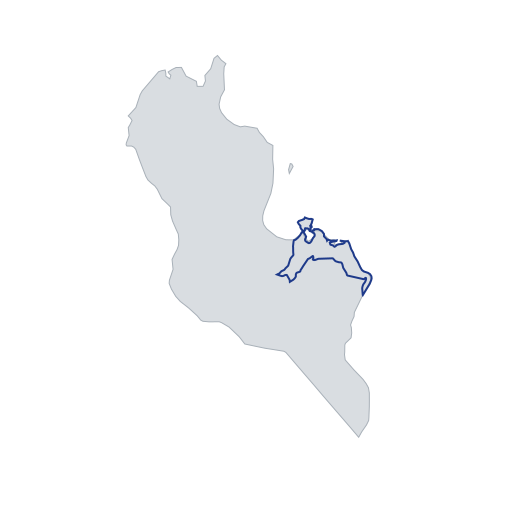 where Médenine sits in Tunisia, rotated 330°
{"feature_id": "TUN-96", "entity_name": "Médenine", "entity_type": "Governorate", "adm_level": 1, "iso_a3": "TUN", "parent_name": "Tunisia", "parent_adm1": "", "projection": "equal_earth", "projection_center": [10.815, 33.079], "detail": "fine", "context": "in_parent", "style": "outline", "palette": "blue", "viewbox_px": 512, "rotation_deg": 330, "n_neighbors": 0, "source": "natural_earth", "source_scale": "10m", "svg_char_len": 5652}
<svg xmlns="http://www.w3.org/2000/svg" viewBox="0 0 512 512"><g transform="rotate(330 256 256)"><path d="M343.1,289.0L343.0,290.5L341.4,301.7L341.1,305.8L340.9,312.6L340.9,320.8L344.5,327.7L344.6,330.8L343.2,334.3L336.7,338.4L328.3,343.6L321.0,348.6L313.0,354.0L310.6,357.5L306.7,360.2L303.4,363.0L302.8,365.6L300.4,370.5L297.4,374.4L289.8,376.3L288.4,377.5L284.9,383.4L283.3,385.7L281.3,390.6L283.8,403.3L287.0,416.3L287.6,421.8L287.5,426.3L285.7,431.2L281.7,438.2L278.7,443.3L272.9,452.5L271.3,454.8L267.3,457.5L259.7,461.1L254.3,464.3L251.7,450.1L249.4,438.1L247.5,428.2L244.2,410.8L241.5,396.0L238.7,381.3L236.2,367.9L233.7,354.5L232.6,352.5L224.9,346.2L217.7,340.4L210.3,333.8L202.3,326.6L201.1,317.6L197.1,304.0L192.8,296.4L191.2,294.5L182.5,289.6L177.4,286.0L176.1,283.9L175.2,278.4L171.7,267.4L167.7,257.5L166.3,250.8L166.2,242.4L167.1,236.3L168.9,233.7L177.5,226.1L181.6,217.0L186.5,213.6L190.8,211.0L194.2,208.1L197.3,203.3L199.7,198.1L200.2,192.6L201.2,183.9L202.8,177.7L206.5,170.8L205.0,165.3L203.2,159.3L203.9,148.9L203.4,144.7L201.9,141.0L200.4,136.2L200.4,132.2L202.0,121.8L203.3,113.8L205.2,103.5L204.6,100.6L203.2,98.5L199.2,96.2L199.1,94.8L200.2,93.3L206.3,88.3L209.6,80.9L212.3,79.4L216.4,76.7L216.3,73.9L215.4,70.8L226.2,67.4L236.4,58.3L240.1,56.1L263.8,47.7L266.8,48.3L270.3,49.5L269.3,52.6L267.9,55.1L269.9,59.5L272.7,56.8L272.0,55.0L271.9,52.7L276.7,52.5L281.0,52.8L285.7,55.4L285.4,65.3L291.7,74.9L289.9,79.7L295.0,82.6L299.7,79.2L302.0,74.1L310.4,71.2L318.5,63.8L322.9,63.1L323.9,69.1L326.1,74.4L323.0,76.3L319.2,82.0L311.8,96.3L305.0,100.5L299.9,106.1L298.3,110.0L297.8,114.6L299.1,122.9L302.8,131.2L307.0,136.3L311.2,137.9L320.8,145.9L320.7,150.7L322.0,156.3L322.5,163.2L325.9,168.7L318.7,180.7L314.8,189.4L307.1,201.4L300.2,209.2L285.5,220.8L281.9,224.6L279.5,228.6L278.4,232.8L278.8,237.7L283.6,249.8L290.0,256.9L296.6,260.8L308.0,259.2L307.6,263.9L308.5,269.5L313.1,269.2L316.2,268.3L318.9,262.9L324.5,266.6L327.4,278.0L332.1,281.5L332.7,282.9L331.0,283.7L329.7,285.0L331.1,286.0L335.7,287.4L338.5,286.5L343.1,289.0ZM318.8,257.3L317.7,257.5L315.5,259.1L314.4,259.3L311.2,257.5L310.0,257.5L308.4,256.3L309.0,249.4L309.5,247.5L317.3,247.2L321.5,251.3L322.2,252.4L322.4,253.6L320.4,255.9L318.8,257.3ZM332.9,197.0L326.1,201.2L327.4,197.5L331.9,193.1L333.0,194.2L332.9,197.0Z" fill="#d9dde1" stroke="#a8b0b8" stroke-width="1"/><path d="M344.1,334.1L343.6,334.6L340.5,337.0L328.9,343.3L328.9,343.2L331.8,337.1L332.5,336.2L333.3,335.4L334.1,334.7L335.0,334.1L337.1,333.2L337.8,332.8L339.4,331.5L339.7,331.1L340.0,330.6L340.1,330.4L340.2,330.1L340.1,329.9L339.9,329.7L339.5,329.7L338.3,330.0L337.9,330.0L337.6,329.8L337.2,329.5L325.5,318.7L325.4,318.5L325.3,318.2L325.3,317.8L325.8,315.9L325.8,315.2L325.6,310.1L325.7,309.6L325.8,309.2L326.3,307.5L326.6,306.5L326.7,305.5L326.7,305.1L326.7,304.9L326.6,304.5L326.5,304.3L326.4,304.1L326.1,303.9L325.8,303.6L325.3,303.3L324.7,302.9L322.8,300.9L322.5,300.5L322.2,300.0L322.1,299.7L321.5,297.0L321.5,296.8L321.4,296.7L321.1,296.3L320.8,296.1L308.6,289.6L307.6,289.4L305.5,289.1L304.8,288.8L304.3,288.6L303.9,288.2L303.7,288.0L303.6,287.8L303.5,287.6L303.5,287.4L303.6,287.2L304.6,286.6L304.8,286.3L304.8,286.0L304.8,285.8L305.2,285.2L305.3,285.0L305.3,284.8L305.3,284.6L305.1,284.4L304.7,284.4L301.3,284.8L299.7,284.6L299.4,284.6L299.0,284.8L291.2,288.6L290.6,289.0L287.6,290.5L287.2,290.8L286.9,291.2L286.7,291.4L286.4,291.5L285.8,291.5L283.6,291.0L282.8,290.9L282.5,291.0L282.2,291.2L281.6,291.6L281.3,291.9L281.1,292.2L280.2,293.7L280.0,293.8L279.8,294.0L278.3,294.7L277.2,295.0L276.3,295.2L272.4,295.3L273.1,293.7L273.2,293.2L273.2,292.8L273.2,288.4L273.2,288.1L273.2,287.9L273.0,287.7L272.6,287.4L271.7,287.1L271.3,287.0L270.9,287.0L270.5,287.0L270.1,287.0L269.3,286.8L268.4,286.4L267.6,285.6L265.0,282.6L265.8,282.6L267.0,282.8L267.4,282.8L267.8,282.7L269.7,282.1L270.5,281.9L272.9,282.1L273.7,282.1L274.0,282.0L275.3,281.4L278.6,280.6L279.1,280.4L284.2,275.7L285.6,275.0L288.6,274.0L288.8,273.8L289.1,273.5L290.1,271.3L292.5,267.0L292.7,266.5L293.0,266.0L295.8,262.2L296.7,261.4L296.9,261.3L298.2,261.7L301.2,261.2L304.5,260.1L307.4,258.4L308.2,258.2L309.2,260.2L309.1,264.3L307.8,265.5L307.1,265.8L306.5,266.6L306.3,267.6L306.6,268.5L307.6,270.5L308.2,271.3L309.1,271.6L311.0,271.1L314.4,268.9L316.0,268.3L316.7,268.0L317.4,267.1L317.7,266.0L317.5,264.9L316.7,264.0L316.6,263.5L317.9,262.3L318.4,262.7L319.0,262.8L319.5,262.6L319.7,261.9L320.0,261.9L320.7,262.4L322.6,263.4L323.4,263.9L324.0,264.8L325.5,267.4L325.6,268.0L325.9,270.9L324.7,273.0L325.6,276.6L325.2,278.3L326.5,277.8L327.4,278.9L328.3,280.2L329.3,280.8L330.4,281.1L332.6,282.4L333.7,282.8L333.4,283.1L333.1,283.2L328.8,281.7L326.6,281.4L326.1,283.2L326.5,283.9L327.3,284.6L328.0,285.4L328.3,286.7L328.7,287.3L329.7,287.3L331.6,286.9L333.5,287.3L337.2,288.9L339.2,288.9L339.9,288.3L339.7,287.5L338.9,286.8L338.1,286.5L337.6,286.1L337.0,285.3L336.3,284.5L340.3,287.7L342.8,289.0L343.1,289.0L343.1,291.7L341.9,297.3L341.8,298.2L341.8,301.5L341.0,305.5L341.3,311.6L340.7,317.8L340.7,321.1L341.6,323.3L344.6,326.6L345.7,328.8L345.8,331.2L345.0,333.1L344.1,334.1ZM320.3,250.3L321.2,250.9L322.1,251.3L322.8,251.8L323.4,252.7L320.4,255.6L319.7,256.0L319.4,256.3L319.2,256.8L318.8,258.7L318.5,258.7L318.7,257.1L318.8,256.7L318.1,256.9L317.6,258.8L316.8,260.1L316.0,261.0L315.8,262.1L315.0,261.2L315.0,260.2L315.3,259.3L314.5,257.9L313.7,257.5L313.0,256.8L312.3,256.6L311.5,257.5L311.1,258.3L310.3,258.6L309.2,257.7L309.0,256.8L308.7,255.2L308.7,253.6L309.6,252.0L309.0,249.6L309.1,247.7L310.7,247.1L314.3,247.9L316.2,248.1L317.6,247.1L318.9,248.8L320.3,250.3Z" fill="none" stroke="#1e3a8a" stroke-width="2"/></g></svg>